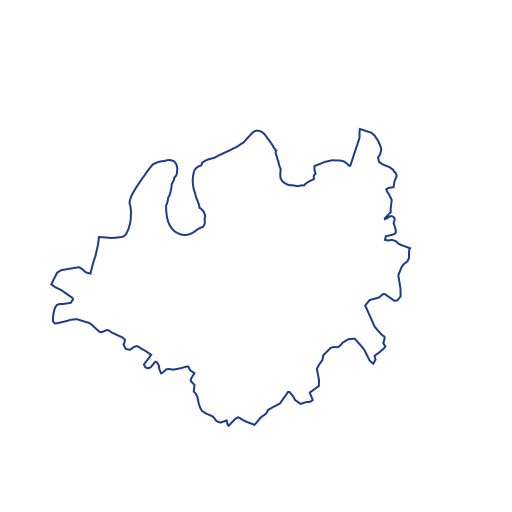 Al-Bagur, Al Minufiyah, Egypt (Natural Earth projection), rotated 213°
{"feature_id": "37247803B46685873859675", "entity_name": "Al-Bagur", "entity_type": "district", "adm_level": 2, "iso_a3": "EGY", "parent_name": "Egypt", "parent_adm1": "Al Minufiyah", "projection": "natural_earth1", "projection_center": [31.09, 30.413], "detail": "fine", "context": "isolated", "style": "outline", "palette": "blue", "viewbox_px": 512, "rotation_deg": 213, "n_neighbors": 0, "source": "geoboundaries", "source_scale": "gbopen_adm2", "svg_char_len": 6145}
<svg xmlns="http://www.w3.org/2000/svg" viewBox="0 0 512 512"><g transform="rotate(213 256 256)"><path d="M412.2,120.7L407.3,120.5L401.1,121.3L387.2,120.9L385.8,119.9L385.9,115.8L386.9,114.9L391.8,110.5L394.3,109.0L396.3,106.6L396.4,103.1L395.1,99.0L393.3,94.9L391.0,90.9L388.1,89.8L385.7,91.7L378.8,99.0L376.8,101.5L371.9,105.4L359.3,109.0L355.9,108.9L353.1,108.3L345.5,107.1L344.0,108.0L343.0,109.5L341.5,111.5L340.5,113.0L338.6,113.4L335.2,113.3L332.3,113.7L328.9,114.1L323.7,115.0L320.3,114.4L319.0,111.3L319.0,109.8L314.8,107.2L311.9,108.1L310.4,109.0L308.9,113.0L307.9,114.5L306.9,115.5L305.4,115.9L301.1,115.8L298.2,116.2L290.1,116.0L290.9,103.9L288.1,102.4L285.7,102.8L283.7,105.2L283.0,111.8L282.5,112.7L280.6,112.7L277.8,111.1L275.5,108.5L271.7,105.9L270.7,107.4L269.6,111.9L267.6,113.8L264.2,115.2L262.3,116.7L257.8,121.1L254.9,124.5L253.4,126.0L252.4,126.4L250.1,124.8L248.6,124.3L243.9,124.2L243.6,117.6L242.7,115.6L237.4,114.4L234.3,108.3L233.3,108.3L230.5,107.2L228.1,105.6L223.5,100.9L220.2,98.3L216.9,96.7L212.6,96.6L204.9,97.9L202.5,97.3L200.6,96.3L197.7,96.2L194.8,97.1L194.2,97.9L191.1,102.1L187.6,98.9L186.4,98.8L184.8,107.8L183.4,110.8L181.5,111.3L178.6,111.2L174.7,111.6L168.5,112.9L165.3,113.5L163.9,123.8L161.8,128.8L161.7,131.8L162.1,133.3L159.6,138.3L155.6,145.2L155.1,159.3L154.0,160.2L148.5,158.6L144.7,156.5L138.0,156.3L134.0,161.2L132.5,162.1L130.6,164.1L130.0,166.1L136.6,170.8L135.1,174.3L132.5,181.2L135.7,186.4L143.6,194.6L143.9,199.7L143.7,205.2L145.5,209.3L143.3,219.8L140.9,222.2L138.4,223.6L137.4,224.6L136.4,227.6L136.3,230.1L133.2,236.6L131.3,238.0L128.3,240.4L116.0,237.1L112.7,235.5L103.7,230.2L99.0,229.5L99.3,234.1L102.1,236.7L101.6,238.7L100.5,241.1L98.4,248.1L98.3,250.6L101.7,252.2L103.4,257.3L104.4,258.3L107.7,258.4L117.7,261.2L137.4,273.9L136.7,280.9L130.3,288.2L128.7,293.2L127.3,294.2L115.3,293.8L113.3,295.8L112.7,300.8L116.8,307.0L126.1,317.3L127.8,325.4L127.7,329.4L126.1,333.9L126.5,337.4L129.7,342.5L131.0,345.1L131.0,346.4L140.2,344.3L143.5,343.9L145.9,344.5L147.3,344.5L150.7,343.6L151.7,342.7L154.1,340.7L156.6,339.8L157.9,343.3L154.0,347.2L152.0,349.7L151.4,351.2L152.3,353.2L155.6,356.3L158.4,358.4L159.7,362.5L161.1,363.5L163.1,363.6L165.0,362.6L166.5,359.2L168.0,357.2L168.5,357.7L167.9,360.7L167.3,364.2L166.8,366.2L168.2,367.8L172.7,376.9L178.8,380.6L179.8,380.7L183.1,382.8L182.0,385.2L178.1,388.7L180.4,393.7L181.6,399.8L184.4,401.9L186.3,402.0L187.7,403.0L193.0,403.2L196.9,402.3L199.7,401.8L204.1,402.0L207.3,405.1L207.2,408.6L209.0,413.7L211.3,415.8L216.0,418.9L222.1,421.6L226.4,422.2L238.0,419.1L237.1,417.0L233.5,411.4L226.1,383.1L226.6,382.5L228.1,382.6L230.5,383.1L233.8,383.2L237.7,381.8L240.6,379.9L244.0,378.0L249.4,372.6L252.4,368.2L253.9,366.2L256.0,363.3L253.6,359.7L252.3,358.7L250.8,357.4L251.1,356.7L251.3,356.1L251.3,355.7L251.1,354.9L250.8,354.1L250.4,353.4L249.9,352.7L249.3,352.2L249.9,350.9L251.5,348.5L252.0,347.6L252.7,346.2L253.6,344.0L254.0,342.4L254.2,341.2L255.4,340.6L256.6,339.8L257.7,338.7L258.6,337.5L262.1,336.0L264.4,334.9L266.9,333.4L267.5,333.3L269.4,332.9L271.4,332.8L273.4,332.9L275.1,333.2L276.4,334.0L277.0,334.3L277.9,334.7L279.2,336.4L280.2,337.9L281.9,340.9L282.1,341.5L282.3,341.8L282.9,342.5L284.4,343.5L285.8,344.6L287.5,346.1L288.9,347.7L289.7,348.1L290.6,348.7L291.6,349.7L292.3,350.5L293.4,351.2L294.1,351.7L294.7,352.5L295.3,352.8L295.7,353.2L296.1,353.7L296.3,354.3L296.5,354.9L296.4,355.4L297.6,355.6L298.1,355.8L298.8,356.2L299.9,356.5L300.6,356.8L301.3,357.4L305.7,359.2L312.5,361.8L314.5,362.6L315.7,362.9L317.0,363.1L317.8,363.2L319.0,363.1L319.8,363.0L321.0,362.7L321.8,362.5L323.0,361.9L324.0,361.3L324.8,360.3L325.4,359.2L325.9,358.1L326.2,356.9L327.4,350.2L327.8,347.8L328.2,344.6L329.5,341.9L330.9,338.6L332.1,336.1L333.3,334.3L334.9,331.4L340.6,322.4L344.3,316.0L344.9,315.1L346.6,313.3L348.3,311.4L349.8,309.4L350.4,308.4L351.3,306.4L352.0,304.3L351.6,303.9L351.3,303.3L351.3,302.7L351.3,302.2L351.6,301.6L352.4,300.6L352.9,300.0L353.4,299.0L353.7,298.4L354.0,297.3L354.1,296.6L354.2,295.9L354.2,294.8L354.1,294.0L353.9,293.0L353.3,291.1L352.2,288.5L350.9,286.0L349.8,284.3L348.2,282.1L346.2,279.8L344.7,278.2L344.0,277.6L342.3,276.3L341.1,275.3L338.8,273.1L337.5,272.1L336.2,271.1L334.8,270.3L334.1,269.6L333.3,269.0L332.7,268.6L331.8,268.2L329.7,265.6L328.9,265.7L327.9,265.7L327.0,265.5L326.3,265.3L325.4,265.2L324.7,265.0L323.9,264.6L323.2,264.0L322.0,263.3L321.5,262.9L320.8,262.3L320.2,261.6L320.1,261.3L319.7,260.3L319.4,259.2L318.6,258.3L318.1,257.6L317.1,256.0L316.8,255.4L316.5,254.6L316.4,253.7L316.4,252.5L316.3,252.0L316.4,251.3L316.8,250.8L317.2,250.5L318.3,248.9L320.0,245.5L320.4,244.0L321.1,242.4L321.8,240.9L322.7,239.4L323.8,237.9L324.7,236.8L325.7,235.9L326.9,235.0L328.4,234.1L330.1,233.4L331.4,233.0L333.1,232.7L335.1,232.4L337.2,232.4L339.2,232.6L341.2,233.1L342.7,233.6L344.6,234.5L346.9,235.9L349.0,237.5L351.0,239.3L352.4,240.7L355.0,243.9L356.9,246.4L358.9,249.4L359.2,251.2L359.8,253.4L360.6,255.4L361.4,257.1L361.5,258.3L361.6,259.7L361.8,260.6L362.2,261.9L363.1,264.5L363.9,266.5L364.8,268.5L366.0,270.7L365.9,272.4L366.1,274.1L366.5,275.7L367.2,277.2L366.9,278.3L366.8,279.2L366.9,280.5L367.1,281.5L367.4,282.3L367.9,283.2L368.3,283.7L368.7,284.7L369.2,285.8L370.2,287.1L371.0,288.0L372.2,289.0L373.2,289.7L374.7,290.3L375.8,290.7L376.2,290.7L377.4,290.6L378.6,290.3L379.3,290.1L380.1,289.7L381.1,289.2L382.4,288.2L383.6,287.0L384.6,285.6L385.9,284.8L387.1,283.7L388.8,282.0L389.9,280.6L391.2,278.6L391.8,277.6L392.5,276.1L393.1,270.8L393.3,267.1L393.4,262.6L393.7,257.9L393.8,251.4L393.8,248.2L393.6,243.3L393.5,241.1L393.2,238.6L392.8,236.6L392.2,234.7L391.6,232.9L391.0,231.6L389.4,230.2L387.9,228.7L386.6,227.2L385.3,225.5L384.1,223.7L382.0,220.2L380.9,218.2L380.3,216.9L379.7,215.5L378.9,213.3L378.2,211.1L377.8,209.7L377.4,207.7L377.1,205.5L376.9,204.1L377.0,202.8L377.2,201.9L377.5,201.0L377.9,200.1L378.5,199.4L379.1,198.7L383.4,195.1L385.7,193.4L388.1,191.7L389.9,190.9L398.0,186.4L394.7,179.5L390.6,168.4L389.0,162.1L385.3,151.0L389.7,149.6L395.0,150.4L398.4,150.2L411.7,138.0L413.7,133.8L412.9,126.2L412.2,120.7Z" fill="none" stroke="#1e3a8a" stroke-width="2"/></g></svg>